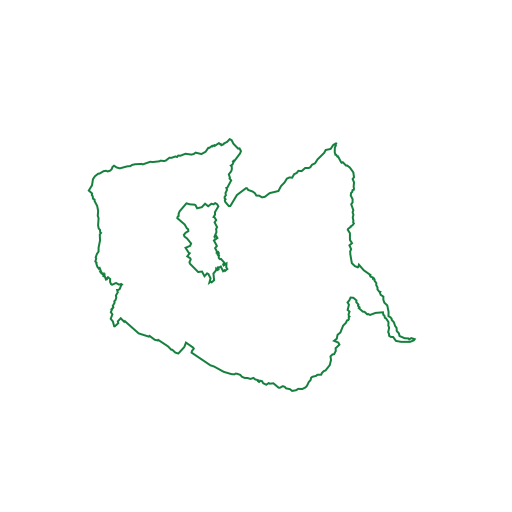 Kediri, Jawa Timur, Indonesia, rotated 35°
{"feature_id": "22746128B82286187836997", "entity_name": "Kediri", "entity_type": "district", "adm_level": 2, "iso_a3": "IDN", "parent_name": "Indonesia", "parent_adm1": "Jawa Timur", "projection": "natural_earth1", "projection_center": [112.099, -7.802], "detail": "fine", "context": "isolated", "style": "outline", "palette": "green", "viewbox_px": 512, "rotation_deg": 35, "n_neighbors": 0, "source": "geoboundaries", "source_scale": "gbopen_adm2", "svg_char_len": 6143}
<svg xmlns="http://www.w3.org/2000/svg" viewBox="0 0 512 512"><g transform="rotate(35 256 256)"><path d="M366.8,340.6L370.2,338.4L371.9,335.3L372.2,333.0L371.5,328.8L371.9,326.4L371.0,324.1L371.4,322.7L374.0,319.7L374.4,318.1L377.5,315.8L377.1,314.2L377.5,311.5L378.6,309.9L379.0,303.1L377.1,298.2L374.6,295.5L375.1,292.8L376.3,291.6L375.8,288.0L374.1,285.9L375.2,280.8L373.1,279.7L368.6,280.7L369.6,277.4L368.0,273.8L369.0,270.3L367.3,263.0L368.0,259.2L367.5,256.6L368.3,255.6L368.3,254.5L367.2,253.1L367.3,252.0L366.5,252.0L365.2,250.5L364.5,247.9L362.0,247.6L360.1,242.6L357.6,241.5L357.9,239.0L357.3,235.8L359.7,234.4L363.8,234.8L364.6,236.3L367.7,237.0L368.1,238.3L370.2,238.6L370.1,239.7L375.4,240.3L377.0,239.5L380.6,240.0L381.1,239.2L383.2,238.9L386.6,234.0L392.3,229.3L394.1,231.2L395.4,231.2L397.0,232.7L398.3,232.5L402.5,234.2L404.3,237.1L406.2,238.4L408.0,242.6L409.6,243.4L410.8,245.0L412.6,245.0L414.9,243.7L419.3,245.3L424.1,243.1L431.4,238.0L433.7,234.5L433.7,233.1L430.3,234.2L429.3,236.4L428.2,236.1L424.9,238.1L419.5,239.2L417.4,237.4L414.3,236.7L412.4,234.3L409.9,233.4L407.0,231.2L403.8,230.5L403.1,229.6L401.4,229.1L399.0,229.3L396.8,225.9L391.9,221.2L387.9,220.6L385.4,218.8L383.6,216.2L380.4,216.3L378.6,215.0L378.4,214.1L377.4,214.5L374.7,213.7L373.6,212.1L371.2,210.9L370.1,209.2L367.1,208.2L366.7,207.3L365.3,206.7L364.9,207.5L363.9,206.6L361.8,207.2L360.6,206.7L360.6,205.9L352.5,205.9L345.3,204.1L346.1,206.3L345.9,206.9L342.8,207.6L338.6,206.9L332.1,200.3L330.5,198.2L330.0,195.8L326.4,193.7L327.3,190.4L323.8,189.0L319.8,183.4L316.1,181.9L315.9,180.9L316.9,177.8L316.6,177.4L317.4,175.5L317.5,173.2L316.2,172.6L315.6,171.3L313.1,168.9L312.2,166.4L310.1,164.8L309.4,162.6L304.3,159.0L304.4,156.8L302.6,154.1L298.9,152.1L297.7,149.7L298.1,148.2L297.3,146.6L298.1,145.6L297.6,144.6L296.2,143.2L294.1,139.5L291.0,137.5L291.1,135.3L287.8,131.7L282.1,129.7L278.7,129.6L278.0,130.3L273.3,129.4L272.7,130.5L272.2,130.5L266.1,127.4L265.7,127.9L263.6,127.1L263.0,127.5L261.0,125.9L258.4,122.0L258.0,119.7L257.1,119.6L257.3,117.1L255.6,120.7L255.7,125.5L252.3,129.2L252.7,132.4L251.0,141.6L251.2,146.2L249.5,149.2L249.6,152.1L248.7,153.7L245.8,155.7L244.7,160.3L241.9,161.9L241.7,164.7L240.3,167.1L240.7,171.1L238.4,172.4L236.9,174.9L237.2,179.3L236.4,184.4L237.1,189.9L231.1,196.7L229.3,202.5L227.3,204.5L223.9,204.8L221.6,206.3L219.1,205.2L216.3,205.1L211.8,206.4L209.7,205.7L208.9,206.2L205.4,217.0L206.3,229.8L205.1,230.7L199.7,229.3L198.4,228.1L198.5,227.0L197.1,226.6L196.4,225.6L196.5,223.6L194.9,221.9L194.3,218.4L192.7,217.3L193.3,216.5L192.3,208.3L189.9,207.7L189.8,206.9L186.9,204.7L187.1,200.7L186.4,198.7L184.7,196.5L183.6,196.4L184.3,194.4L183.6,191.9L182.9,191.7L183.2,190.5L183.8,190.6L184.1,181.1L183.5,178.7L180.8,177.3L179.8,178.3L173.1,177.0L169.6,175.1L167.4,175.4L166.9,179.0L165.1,182.5L165.3,183.2L164.1,185.1L162.9,184.5L162.6,185.0L160.9,184.8L159.0,189.5L158.3,189.2L157.4,191.2L156.9,191.0L155.7,194.3L154.9,194.7L154.9,199.6L152.8,203.8L147.2,206.0L146.5,208.2L144.9,210.0L139.6,212.7L136.5,217.3L134.7,218.3L134.5,220.2L132.9,220.7L130.5,224.0L128.7,225.2L127.4,229.5L126.3,230.9L123.2,232.6L122.6,233.8L117.5,238.3L115.3,239.5L110.7,245.9L109.6,246.1L104.2,250.3L102.2,252.6L101.5,254.5L99.1,256.4L94.2,262.3L91.1,263.4L87.9,263.5L87.4,265.4L88.0,267.7L87.5,269.9L86.0,271.8L84.3,272.2L82.5,273.9L80.6,278.2L79.5,279.1L78.3,283.2L78.4,286.6L81.1,292.1L81.5,298.3L85.9,298.8L86.6,300.3L88.0,300.7L89.5,302.5L91.4,302.4L92.3,303.6L97.2,306.1L100.9,309.7L103.3,313.8L105.4,315.4L109.1,321.5L111.4,323.7L113.3,324.1L114.7,325.9L115.8,326.0L115.7,328.0L119.3,332.7L122.3,339.5L124.5,342.7L124.5,345.5L125.5,349.1L126.6,349.8L127.5,352.6L129.3,353.0L129.5,353.8L132.2,355.8L133.8,356.3L133.4,355.5L134.2,356.1L134.7,355.4L137.5,357.3L137.2,358.1L138.3,358.6L139.0,358.2L139.5,358.8L140.8,358.0L140.7,358.9L141.5,359.1L142.5,358.0L143.2,359.0L142.9,359.9L144.3,359.7L146.6,361.4L147.2,360.6L146.7,359.5L146.9,358.3L149.8,358.5L151.2,360.8L153.4,362.2L154.6,362.1L156.8,358.4L160.2,358.0L161.7,356.2L162.6,356.3L162.3,357.1L163.3,361.2L162.6,363.0L161.8,363.5L163.6,365.0L163.9,368.7L165.5,370.3L166.2,372.8L165.9,374.3L167.0,375.5L167.3,379.0L168.6,379.8L168.4,381.0L168.9,380.5L168.5,381.4L169.3,385.3L171.8,386.1L173.0,390.8L176.3,391.7L180.1,394.9L180.7,394.6L181.7,390.0L180.3,388.8L180.9,384.6L185.8,385.5L185.9,384.6L204.3,386.7L214.5,383.5L214.6,382.5L221.1,382.7L224.1,381.5L224.1,380.8L235.8,380.5L240.3,381.4L241.2,380.8L245.3,381.4L248.2,380.5L248.4,379.8L249.5,371.7L248.3,367.1L257.2,367.1L258.2,367.6L258.0,370.3L258.6,372.1L281.4,371.7L284.9,370.6L296.0,369.4L303.5,366.9L306.0,365.5L306.8,364.0L308.1,363.3L311.3,362.4L313.8,363.0L316.6,362.4L319.0,360.8L321.9,359.9L323.9,357.3L326.0,357.6L329.2,356.5L329.5,357.4L330.8,357.4L331.3,355.6L332.8,355.1L334.8,356.1L338.3,355.5L339.3,352.8L340.5,352.7L343.3,350.3L350.0,350.9L351.1,350.3L352.6,347.3L354.5,346.7L356.5,347.2L360.2,345.6L363.0,345.8L365.8,343.0L366.8,340.6ZM194.4,235.9L196.7,236.9L197.2,243.6L198.7,245.6L198.9,248.4L199.9,248.2L202.8,249.4L202.8,252.2L207.6,254.7L207.8,256.7L209.9,259.1L210.9,264.0L211.3,264.3L211.9,262.4L214.1,263.4L212.6,267.4L218.2,270.2L218.0,273.0L221.5,274.8L221.9,276.0L222.7,275.9L222.9,274.5L223.8,274.9L223.6,275.6L225.1,276.6L224.5,277.1L225.5,277.4L226.6,278.9L228.2,279.3L229.1,278.5L234.0,279.7L233.9,281.7L234.9,282.3L236.1,279.1L238.2,282.4L240.0,283.1L239.2,286.0L238.4,285.7L237.8,287.4L233.2,284.8L232.2,287.3L230.5,286.8L233.0,288.5L232.5,289.6L230.7,289.3L231.5,290.7L231.2,294.8L235.6,299.9L234.8,303.0L233.6,302.9L233.1,304.5L231.6,300.4L227.4,298.1L225.9,298.3L225.4,302.1L220.7,299.7L217.8,302.3L206.3,300.2L205.0,299.2L204.5,296.3L203.5,295.6L199.9,295.7L200.1,291.8L199.2,292.0L193.6,289.7L196.2,285.5L195.7,283.0L189.5,281.2L186.3,281.1L184.8,280.1L185.0,277.3L186.3,274.5L185.1,273.0L183.5,273.0L179.5,271.1L169.8,270.1L169.3,268.6L169.7,267.6L168.4,265.8L167.8,263.2L168.8,252.8L172.4,251.5L176.2,249.2L177.3,249.1L180.4,250.7L183.6,247.1L184.3,242.4L188.3,242.7L189.5,238.8L191.6,238.0L192.2,236.1L194.4,235.9Z" fill="none" stroke="#15803d" stroke-width="2"/></g></svg>